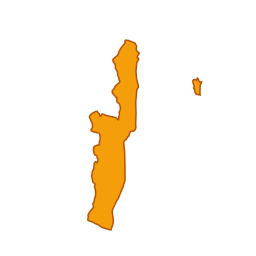 SVG path tracing the border of Bengkulu, rotated 234°
{"feature_id": "IDN-1225", "entity_name": "Bengkulu", "entity_type": "Province", "adm_level": 1, "iso_a3": "IDN", "parent_name": "Indonesia", "parent_adm1": "", "projection": "mercator", "projection_center": [102.58, -3.868], "detail": "fine", "context": "isolated", "style": "filled", "palette": "amber", "viewbox_px": 256, "rotation_deg": 234, "n_neighbors": 0, "source": "natural_earth", "source_scale": "10m", "svg_char_len": 3885}
<svg xmlns="http://www.w3.org/2000/svg" viewBox="0 0 256 256"><g transform="rotate(234 128 128)"><path d="M192.2,183.6L191.3,183.3L190.9,183.2L189.7,183.3L189.3,183.2L189.1,183.0L189.0,182.8L188.8,182.6L188.2,182.2L187.4,181.4L187.0,181.1L186.4,180.8L185.8,180.5L185.1,180.4L184.4,180.4L183.8,180.6L183.1,180.9L182.5,181.2L181.9,181.1L181.7,180.6L180.8,178.2L180.4,177.7L180.0,177.3L179.0,176.7L178.2,177.4L177.4,177.1L176.7,176.2L176.0,173.9L175.0,172.9L169.1,167.7L162.6,163.8L155.8,161.1L154.9,160.3L154.1,158.3L153.4,157.3L144.2,149.3L135.0,143.0L126.4,136.3L125.0,135.5L123.6,134.5L122.5,133.1L122.1,131.3L122.3,130.4L123.3,128.8L123.5,127.8L123.2,126.7L121.6,124.9L121.0,124.0L120.9,123.4L120.9,122.9L121.0,122.5L121.0,122.1L120.7,121.5L120.3,121.0L120.0,120.5L119.9,119.8L119.8,117.9L119.4,116.9L118.8,116.0L110.5,111.1L100.5,104.2L87.9,95.2L86.5,93.8L85.0,91.3L84.0,90.5L76.3,78.0L75.7,75.8L71.4,68.1L70.0,66.4L68.0,65.1L63.6,62.9L61.5,61.6L59.7,60.0L55.5,54.3L58.3,51.9L63.2,48.4L64.1,48.0L66.7,47.2L67.9,46.7L70.2,45.1L71.9,44.6L76.3,41.6L77.2,41.4L77.6,41.7L78.0,42.1L78.4,42.6L79.7,43.8L80.6,44.3L81.2,44.7L81.5,45.1L81.6,45.4L81.7,46.0L82.6,47.5L84.0,52.8L84.4,53.5L85.1,54.0L86.8,54.7L87.6,55.4L87.9,56.0L88.3,57.3L90.2,59.0L91.4,60.8L93.1,62.6L95.0,64.1L97.9,65.6L98.7,65.9L100.0,66.2L100.6,66.8L101.8,68.1L102.3,68.4L102.8,68.4L103.9,68.0L104.3,67.9L105.1,67.9L106.8,68.6L108.1,69.4L108.8,69.7L110.1,70.0L110.6,70.4L111.7,71.8L113.1,72.9L113.6,73.4L114.1,74.2L114.9,75.9L115.5,76.7L117.9,78.8L118.9,79.5L119.2,80.0L119.5,80.7L119.8,81.9L119.7,82.0L119.4,82.2L118.4,82.3L118.1,82.5L118.2,83.1L119.8,85.0L120.4,85.4L120.8,85.5L121.3,85.5L122.0,85.6L123.1,86.2L123.8,86.4L124.4,86.4L124.7,86.2L125.2,85.7L125.6,85.4L126.0,85.3L126.6,85.4L129.8,86.6L131.2,87.8L132.0,88.4L132.5,88.9L132.8,89.4L132.9,89.9L132.8,90.4L132.5,91.4L132.2,93.2L132.0,93.6L131.8,93.9L131.5,94.2L131.4,94.5L131.3,94.8L131.5,95.2L131.8,95.5L132.4,95.7L133.1,96.2L133.6,96.7L134.2,97.5L134.7,98.1L135.5,98.9L136.2,99.7L136.8,100.1L137.4,100.4L137.8,100.5L139.4,101.4L140.5,101.7L141.0,101.5L141.5,101.1L143.2,99.4L145.4,97.7L146.6,97.0L147.6,96.7L148.1,96.9L148.4,97.3L149.0,98.9L149.4,99.7L152.4,101.6L153.1,101.8L156.2,102.4L157.2,102.7L158.6,102.9L159.4,103.2L159.9,103.5L160.2,103.9L160.5,104.4L160.6,104.9L160.8,106.3L160.9,107.6L160.3,111.9L159.6,112.9L158.3,112.7L157.7,112.8L157.1,112.9L156.4,113.0L155.6,112.8L154.3,112.3L153.8,112.3L153.6,112.6L153.8,113.2L154.2,113.9L154.6,114.6L154.5,115.3L153.9,115.9L152.8,116.7L151.7,117.2L150.6,118.0L144.2,123.8L143.3,124.3L141.7,124.7L140.4,125.0L140.7,125.8L142.0,126.7L142.6,127.4L143.2,128.3L143.9,128.9L145.8,130.1L146.4,130.9L147.7,132.9L148.4,133.5L149.3,134.0L151.8,135.0L152.4,135.1L153.3,135.0L155.1,134.5L156.1,134.7L156.6,134.9L159.0,136.8L159.9,136.3L161.1,136.2L161.8,136.3L162.8,136.1L164.2,136.1L164.8,135.9L165.3,135.9L165.7,136.0L166.4,136.5L166.8,136.7L167.2,137.0L167.5,137.4L167.8,139.2L169.3,142.4L169.6,143.5L169.8,147.8L170.5,149.0L171.4,148.9L171.7,149.0L172.7,149.4L174.2,150.1L176.6,150.6L178.9,152.1L180.7,152.7L183.7,152.9L186.1,154.5L187.6,155.0L188.4,155.0L190.7,155.1L191.3,155.3L191.9,155.7L192.3,156.2L192.6,157.1L192.9,161.8L193.3,163.1L193.7,164.0L195.3,165.9L196.0,167.7L196.4,168.2L196.7,168.9L198.0,173.7L198.1,174.4L198.2,175.1L198.6,175.6L199.5,176.2L200.1,176.6L200.5,177.7L198.9,179.5L197.2,180.7L195.8,181.5L193.8,182.9L193.0,183.2L192.2,183.6L192.2,183.6ZM128.6,209.5L128.2,210.3L127.5,210.9L126.4,211.5L126.6,212.1L127.3,212.8L127.7,213.4L127.1,213.7L124.6,213.1L124.2,213.0L123.6,213.2L123.2,213.1L122.8,213.2L122.6,213.4L122.1,214.6L121.4,214.0L120.7,212.3L120.1,211.5L113.8,206.6L112.3,205.8L114.8,203.4L116.1,202.9L117.7,203.3L119.1,204.1L119.8,204.3L120.8,204.4L121.5,204.6L122.2,205.2L123.1,206.2L126.4,207.2L127.9,208.0L128.6,209.5Z" fill="#f59e0b" stroke="#b45309" stroke-width="1.5"/></g></svg>